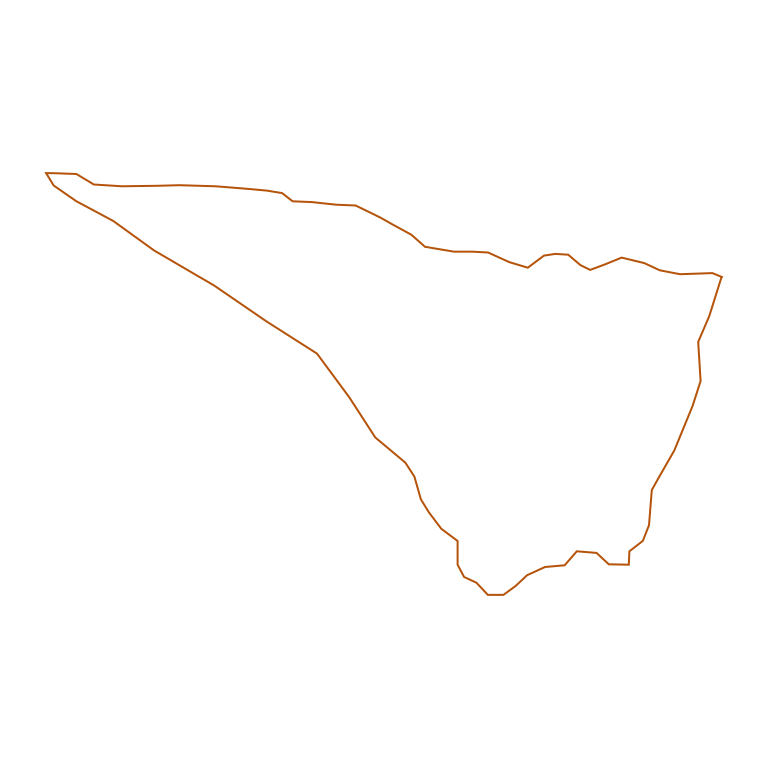 Nordanstig, Gävleborg, Sweden
{"feature_id": "70781695B45160094549088", "entity_name": "Nordanstig", "entity_type": "district", "adm_level": 2, "iso_a3": "SWE", "parent_name": "Sweden", "parent_adm1": "Gävleborg", "projection": "albers", "projection_center": [16.927, 62.052], "detail": "fine", "context": "isolated", "style": "outline", "palette": "amber", "viewbox_px": 768, "rotation_deg": 0, "n_neighbors": 0, "source": "geoboundaries", "source_scale": "gbopen_adm2", "svg_char_len": 1044}
<svg xmlns="http://www.w3.org/2000/svg" viewBox="0 0 768 768"><path d="M46.1,173.1L53.7,185.5L76.1,201.1L113.1,220.9L154.0,250.4L214.4,285.7L266.9,321.7L317.0,353.6L349.4,397.5L375.3,437.5L405.4,462.7L414.4,476.6L420.9,499.4L429.0,512.5L441.3,528.8L457.6,541.0L457.6,564.7L464.1,577.0L476.4,582.7L487.9,594.9L503.4,594.9L515.7,585.9L527.1,575.2L545.0,567.0L564.6,565.3L576.8,551.3L596.5,552.9L608.8,564.3L628.8,564.7L629.4,551.3L642.9,540.8L649.0,525.2L651.8,490.0L660.0,475.4L674.3,450.5L692.6,405.9L700.6,381.0L698.2,341.9L709.3,316.0L721.3,277.8L721.9,277.0L712.4,273.1L680.0,274.2L659.8,270.3L644.3,263.1L621.6,257.6L605.5,264.2L590.2,269.9L580.4,265.1L568.2,254.7L555.3,253.9L544.0,255.6L527.8,267.7L509.2,262.1L488.1,252.5L472.8,251.7L454.2,251.7L425.0,246.8L411.3,234.7L393.5,225.0L380.6,217.7L355.6,205.5L336.2,204.7L312.0,202.1L292.6,201.3L282.1,193.1L266.8,190.6L248.2,188.9L216.0,186.3L179.6,185.2L157.0,185.8L126.6,186.2L122.3,186.3L93.8,184.5L76.4,174.0L54.2,173.2L46.1,173.1Z" fill="none" stroke="#b45309" stroke-width="2"/></svg>